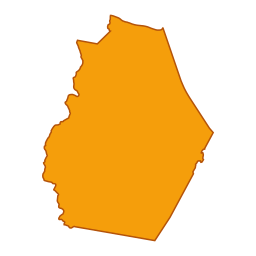 Lepaera, Lempira, Honduras (Mercator projection)
{"feature_id": "27666195B68722731922498", "entity_name": "Lepaera", "entity_type": "district", "adm_level": 2, "iso_a3": "HND", "parent_name": "Honduras", "parent_adm1": "Lempira", "projection": "mercator", "projection_center": [-88.631, 14.834], "detail": "fine", "context": "isolated", "style": "filled", "palette": "amber", "viewbox_px": 256, "rotation_deg": 0, "n_neighbors": 0, "source": "geoboundaries", "source_scale": "gbopen_adm2", "svg_char_len": 5441}
<svg xmlns="http://www.w3.org/2000/svg" viewBox="0 0 256 256"><path d="M67.9,106.5L68.3,107.8L68.6,108.2L69.3,109.8L69.6,110.4L69.6,110.6L69.7,111.9L70.2,112.9L70.3,113.3L70.3,113.5L70.2,113.7L69.6,115.1L69.0,116.7L68.8,117.5L68.7,117.9L68.5,118.1L68.3,118.2L67.2,118.7L66.6,119.1L64.2,120.4L63.7,120.8L63.4,121.1L63.2,121.4L63.0,121.5L62.0,121.7L61.0,121.7L60.8,121.8L60.5,122.1L60.2,122.6L60.1,123.9L60.0,124.1L59.7,124.2L58.1,124.9L56.6,125.0L55.5,125.1L55.3,125.2L54.9,125.4L54.5,125.8L53.7,126.6L53.5,126.9L53.3,127.3L52.8,127.9L52.4,128.5L51.2,130.7L51.3,131.9L51.3,132.1L51.1,132.5L50.7,132.9L49.9,134.5L49.7,135.0L49.4,136.3L48.5,137.6L48.0,138.0L47.6,138.7L46.3,141.1L45.8,142.3L45.6,142.7L45.4,144.3L45.4,144.6L45.6,145.4L45.6,145.6L45.4,145.7L45.0,145.9L44.5,146.2L44.4,146.5L44.3,147.1L44.3,148.1L44.5,148.7L44.7,149.2L45.0,149.5L45.4,150.0L45.7,150.6L46.0,151.1L46.1,151.6L46.3,152.5L46.6,153.8L46.7,154.1L47.1,155.1L47.2,155.3L47.2,155.5L47.1,155.9L46.9,156.3L46.6,156.8L46.1,157.6L45.2,159.5L44.9,160.1L44.8,160.3L44.9,160.7L44.9,161.3L44.8,161.8L43.8,162.6L43.6,162.8L43.7,163.3L44.0,164.0L44.3,164.5L45.1,165.8L45.2,166.1L45.4,167.4L45.3,167.7L45.0,168.4L44.7,170.0L44.7,170.8L44.7,171.3L44.4,171.6L43.8,172.8L43.1,173.8L43.0,174.1L42.9,174.9L42.8,175.7L42.9,177.1L43.2,177.8L43.9,179.2L44.1,179.8L44.1,180.2L44.2,180.3L44.4,180.4L44.7,180.6L46.9,181.2L48.2,181.6L50.6,182.0L51.3,182.2L51.7,182.4L52.0,182.5L52.4,183.1L53.0,183.6L53.3,183.6L54.4,183.7L54.7,183.7L55.1,183.9L55.7,184.3L55.8,185.1L55.7,185.6L55.7,185.8L55.6,186.1L54.7,187.8L54.4,188.5L53.9,189.3L53.8,189.8L54.2,190.2L55.0,190.6L56.7,192.4L58.0,193.7L58.3,194.0L58.5,194.4L58.5,194.7L58.4,195.0L58.2,195.4L57.9,195.7L57.8,195.8L57.6,197.9L57.5,198.9L57.3,200.6L57.4,201.3L57.7,202.0L58.1,202.7L58.7,203.5L58.9,204.0L59.0,204.4L59.1,204.6L59.0,204.8L58.7,206.2L58.8,206.8L58.8,207.2L58.9,207.4L59.1,207.6L59.8,208.0L60.2,208.2L60.9,208.3L61.3,208.4L62.0,208.8L62.5,209.1L62.9,209.4L63.4,210.1L63.7,210.6L63.8,211.0L63.8,211.5L63.7,212.0L63.2,213.4L63.0,213.9L62.8,214.1L62.2,214.4L60.4,215.7L60.0,216.1L59.7,216.5L59.5,217.1L59.0,217.8L58.8,218.3L58.8,218.5L58.8,219.0L59.1,219.4L59.3,219.5L60.0,219.5L61.3,219.4L61.5,219.4L61.8,219.6L62.6,220.4L63.2,221.2L63.3,221.2L63.9,221.4L64.3,221.6L64.6,221.8L64.7,222.2L64.7,222.5L64.5,223.0L64.2,223.6L64.1,224.0L64.1,224.4L64.2,224.8L64.8,224.8L65.4,224.8L65.7,225.0L66.4,225.3L68.2,225.9L68.3,226.0L68.5,226.2L69.1,227.1L69.4,227.5L69.8,227.8L70.3,227.9L70.8,228.0L71.5,227.9L73.6,226.6L74.1,226.5L74.6,226.5L75.0,226.7L154.8,240.6L170.0,217.3L193.4,173.8L193.4,173.5L193.4,173.3L193.3,173.1L193.1,173.0L193.1,172.9L193.0,172.1L193.0,171.6L193.2,171.3L193.8,170.3L194.6,168.9L195.0,168.3L195.3,167.7L195.4,167.1L195.4,166.6L195.7,165.6L195.6,164.6L195.6,164.2L196.3,163.6L196.5,163.2L197.0,162.6L197.1,162.2L197.3,161.8L197.6,161.4L197.8,161.2L198.0,161.1L198.4,160.9L199.5,161.0L200.0,160.8L200.3,160.8L200.5,161.1L200.8,161.6L200.9,161.9L200.9,162.3L201.1,162.3L201.5,162.2L201.8,162.1L202.0,162.0L203.4,159.8L203.5,159.6L203.0,158.9L202.9,158.7L202.8,158.4L202.9,157.9L202.9,157.4L202.9,156.9L203.1,156.4L203.2,155.9L203.3,155.1L203.3,154.5L203.1,154.0L203.0,153.1L202.8,152.8L202.6,152.7L202.3,152.8L201.7,153.0L201.4,153.0L201.4,152.9L201.3,152.7L201.5,152.0L202.0,150.7L203.1,149.6L203.4,149.3L203.7,149.2L204.0,149.1L204.5,149.2L204.8,149.0L204.8,148.8L204.8,148.7L204.7,148.4L213.2,132.6L209.4,128.2L189.7,97.9L188.7,96.3L186.8,93.1L185.9,91.5L184.2,88.2L182.7,84.8L181.0,80.8L163.0,28.1L162.9,28.0L162.6,28.3L162.3,28.8L162.1,29.1L161.6,29.5L161.1,29.8L160.2,30.0L159.2,30.1L158.4,30.1L157.5,30.1L156.8,30.0L155.8,29.8L153.6,29.1L151.2,28.3L148.0,27.0L147.0,26.7L145.9,26.4L144.0,26.0L142.4,25.8L137.7,25.3L135.9,25.0L134.5,24.7L132.1,24.0L129.6,23.0L128.0,22.5L127.2,22.2L125.1,21.8L123.6,21.2L122.7,20.9L121.9,20.4L121.1,19.8L120.1,18.9L119.6,18.6L118.9,18.1L118.0,17.7L116.4,17.1L113.5,16.0L111.6,15.5L110.9,15.4L110.5,15.4L110.3,16.6L110.3,17.0L110.3,18.3L110.2,19.7L109.8,20.4L109.7,21.1L109.8,21.6L110.0,22.3L109.9,23.3L109.7,23.9L109.3,24.2L109.0,24.4L108.5,24.5L108.1,24.9L107.6,26.5L107.7,28.0L107.8,28.2L107.9,28.4L108.7,28.9L109.0,29.1L109.3,29.9L109.4,30.5L109.5,30.7L109.8,30.9L110.4,31.1L97.3,43.9L77.5,40.3L76.8,42.1L76.7,42.5L76.7,42.8L78.3,46.2L78.4,46.4L78.4,46.9L78.7,47.8L80.0,50.9L80.3,52.2L81.1,54.5L81.2,55.0L81.3,55.4L81.2,55.9L81.0,56.5L81.0,56.8L81.0,57.0L81.2,57.6L81.4,57.9L81.8,58.5L82.5,60.0L82.8,60.4L82.9,60.6L82.9,61.0L82.8,62.1L82.9,62.5L82.8,63.2L82.4,64.5L81.4,66.1L80.5,67.1L80.5,67.5L80.2,68.1L79.8,69.1L79.6,69.4L79.2,69.9L78.0,71.0L77.7,71.3L76.7,71.9L76.4,72.2L76.3,72.4L76.2,72.7L76.3,74.2L75.8,75.7L75.5,76.4L75.3,76.7L74.9,77.0L74.6,77.2L74.1,77.3L73.6,77.6L73.3,77.9L73.2,78.1L73.3,78.7L73.6,80.1L73.7,81.9L74.0,83.5L74.0,84.2L73.7,86.9L73.8,87.5L73.9,88.0L74.1,88.4L74.3,88.8L74.6,89.2L75.0,89.6L75.5,90.0L76.3,90.4L76.7,90.7L77.0,90.9L77.2,91.1L77.5,91.7L78.3,93.3L78.4,93.5L78.8,93.9L78.9,94.2L79.0,94.4L79.0,94.7L78.8,95.3L78.7,95.6L78.5,95.8L78.2,96.1L77.9,96.3L77.6,96.4L77.3,96.5L77.0,96.5L76.7,96.4L76.2,96.1L74.8,95.3L72.7,94.5L71.4,94.5L70.2,94.6L69.6,94.8L69.2,94.9L69.0,95.1L68.8,95.3L68.4,95.7L68.2,96.2L68.1,96.7L67.9,97.5L67.7,98.3L67.1,99.7L66.5,101.3L66.3,101.6L65.6,101.9L65.4,102.2L65.2,102.3L65.2,102.6L65.3,103.1L65.4,103.6L66.3,104.7L66.8,105.0L67.1,105.5L67.7,106.1L67.9,106.5Z" fill="#f59e0b" stroke="#b45309" stroke-width="1.5"/></svg>